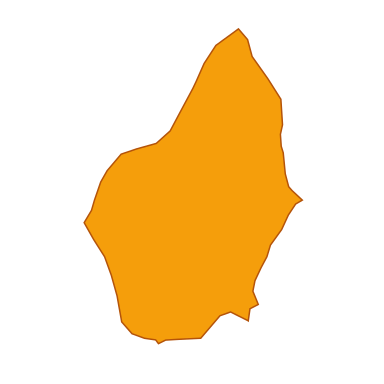 outline of Aplanta, Larnaca, Cyprus, rotated 73°
{"feature_id": "46923920B85931406111700", "entity_name": "Aplanta", "entity_type": "district", "adm_level": 2, "iso_a3": "CYP", "parent_name": "Cyprus", "parent_adm1": "Larnaca", "projection": "mercator", "projection_center": [33.482, 34.828], "detail": "fine", "context": "isolated", "style": "filled", "palette": "amber", "viewbox_px": 384, "rotation_deg": 73, "n_neighbors": 0, "source": "geoboundaries", "source_scale": "gbopen_adm2", "svg_char_len": 809}
<svg xmlns="http://www.w3.org/2000/svg" viewBox="0 0 384 384"><g transform="rotate(73 192 192)"><path d="M331.7,175.9L320.6,170.7L318.9,161.5L304.7,162.8L295.2,157.7L284.7,148.2L275.8,139.3L265.7,132.5L254.1,117.2L242.2,106.6L233.8,96.4L232.0,88.9L219.9,95.9L215.2,98.0L201.9,97.5L181.2,93.3L174.3,93.3L162.7,90.6L154.2,85.8L129.3,79.9L106.0,86.3L80.0,94.9L62.5,94.3L49.6,99.9L58.8,126.3L72.6,142.8L87.4,155.6L93.2,160.9L112.8,180.6L127.2,195.0L135.1,212.0L134.6,232.2L135.1,248.7L146.8,266.9L155.8,276.4L171.2,287.6L180.2,293.5L189.8,304.1L208.8,299.9L228.4,294.5L248.0,293.5L268.7,294.0L269.2,294.0L295.7,297.2L310.0,290.8L318.0,280.2L322.8,270.0L327.2,268.4L325.9,260.5L328.6,249.3L334.4,226.4L318.5,201.4L318.0,190.2L331.2,176.3L331.7,175.9Z" fill="#f59e0b" stroke="#b45309" stroke-width="1.5"/></g></svg>